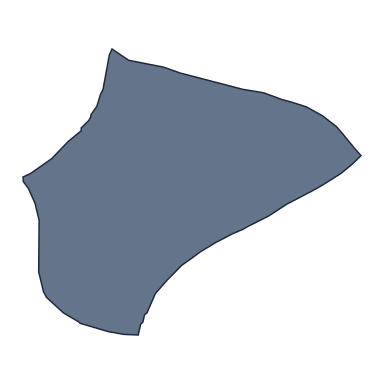 San Rafael La Independencia, Huehuetenango, Guatemala
{"feature_id": "79465075B73195694709107", "entity_name": "San Rafael La Independencia", "entity_type": "district", "adm_level": 2, "iso_a3": "GTM", "parent_name": "Guatemala", "parent_adm1": "Huehuetenango", "projection": "orthographic", "projection_center": [-91.52, 15.728], "detail": "fine", "context": "isolated", "style": "filled", "palette": "slate", "viewbox_px": 384, "rotation_deg": 0, "n_neighbors": 0, "source": "geoboundaries", "source_scale": "gbopen_adm2", "svg_char_len": 870}
<svg xmlns="http://www.w3.org/2000/svg" viewBox="0 0 384 384"><path d="M138.2,335.0L140.7,324.1L142.8,322.4L144.6,314.6L146.9,313.0L155.4,293.5L167.2,280.1L181.5,265.5L192.8,257.4L200.5,251.7L214.7,243.1L231.8,234.1L239.4,230.8L242.3,229.7L246.7,227.1L268.6,216.0L286.6,204.3L307.5,193.3L309.6,192.3L321.7,185.6L329.8,180.5L341.0,173.4L353.0,163.5L361.0,155.6L355.4,149.4L350.5,143.4L342.9,134.1L336.4,126.6L322.5,115.8L306.4,106.9L290.8,101.9L281.8,99.5L264.0,92.9L242.2,89.2L180.4,73.1L163.7,67.2L128.7,60.3L112.0,49.0L109.3,55.0L103.0,89.6L100.6,94.1L96.9,106.2L91.0,114.7L90.7,117.2L88.7,120.6L81.2,127.9L81.2,130.8L68.4,141.3L51.5,158.8L30.7,173.4L23.0,177.0L23.4,181.7L28.5,188.6L35.1,203.5L39.1,220.1L38.7,271.9L43.5,291.7L46.5,297.4L63.3,312.8L78.2,321.6L80.3,323.4L108.2,331.6L124.0,334.4L138.2,335.0Z" fill="#64748b" stroke="#1e293b" stroke-width="1.5"/></svg>